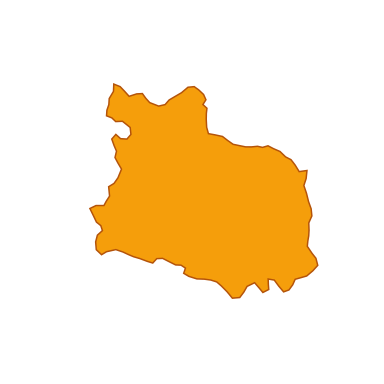 outline of Pedro Teixeira, Minas Gerais, Brazil, rotated 152°
{"feature_id": "56859067B10372811020513", "entity_name": "Pedro Teixeira", "entity_type": "district", "adm_level": 2, "iso_a3": "BRA", "parent_name": "Brazil", "parent_adm1": "Minas Gerais", "projection": "albers", "projection_center": [-43.727, -21.732], "detail": "fine", "context": "isolated", "style": "filled", "palette": "amber", "viewbox_px": 384, "rotation_deg": 152, "n_neighbors": 0, "source": "geoboundaries", "source_scale": "gbopen_adm2", "svg_char_len": 1714}
<svg xmlns="http://www.w3.org/2000/svg" viewBox="0 0 384 384"><g transform="rotate(152 192 192)"><path d="M80.4,157.0L87.8,159.7L88.3,167.4L89.4,174.0L92.9,179.1L95.3,186.5L99.7,192.0L103.2,197.1L108.8,198.3L112.7,201.6L118.3,203.9L123.5,206.7L127.9,210.3L133.3,214.8L136.3,220.7L139.0,226.7L144.8,231.6L150.1,235.8L148.7,242.2L145.3,249.5L142.4,254.7L139.5,258.9L141.3,264.1L136.4,266.9L136.0,272.7L138.1,278.9L140.6,284.0L146.4,286.4L154.6,284.6L162.0,284.3L169.0,284.0L174.7,281.8L181.1,283.5L187.4,290.8L188.8,296.4L189.6,302.2L194.8,304.6L202.6,306.0L204.3,312.8L206.0,318.8L210.4,324.0L214.1,317.7L221.2,313.4L224.4,308.2L228.7,304.2L231.7,299.4L228.0,295.1L226.3,290.0L220.2,287.1L216.3,278.0L218.9,271.5L224.6,269.3L230.0,272.6L232.2,278.6L238.0,276.4L239.0,269.5L239.5,263.5L243.8,258.6L243.8,252.4L243.5,245.3L250.7,239.3L256.8,236.2L263.1,235.8L266.7,227.1L271.9,224.2L276.1,221.4L283.1,225.1L289.9,225.4L290.2,216.8L290.5,210.3L288.3,205.1L289.2,200.0L295.8,198.3L300.5,193.2L303.6,186.0L301.3,179.1L295.5,179.4L286.3,176.9L281.2,171.5L277.5,166.6L274.0,162.3L269.3,157.7L264.0,151.7L260.0,147.7L254.4,149.7L249.1,147.2L244.9,141.2L240.7,135.3L236.1,132.6L233.5,127.9L237.5,124.1L234.4,119.0L228.5,113.0L222.1,109.3L216.8,105.5L212.4,101.0L210.2,95.3L207.9,87.6L206.2,79.3L199.4,76.4L193.2,79.3L187.7,82.8L179.3,82.5L177.8,75.9L176.6,70.0L170.0,69.9L168.0,74.5L165.6,79.4L160.7,75.6L159.6,68.2L158.0,60.8L152.4,60.0L146.6,62.8L141.9,66.5L136.3,65.3L130.2,64.0L122.3,65.7L115.4,68.2L113.7,75.3L114.8,81.4L115.7,89.9L112.7,94.4L109.6,98.4L106.6,103.3L103.4,109.9L97.4,114.6L94.7,121.2L93.6,128.8L91.5,137.2L90.2,145.2L84.9,150.3L80.4,157.0Z" fill="#f59e0b" stroke="#b45309" stroke-width="1.5"/></g></svg>